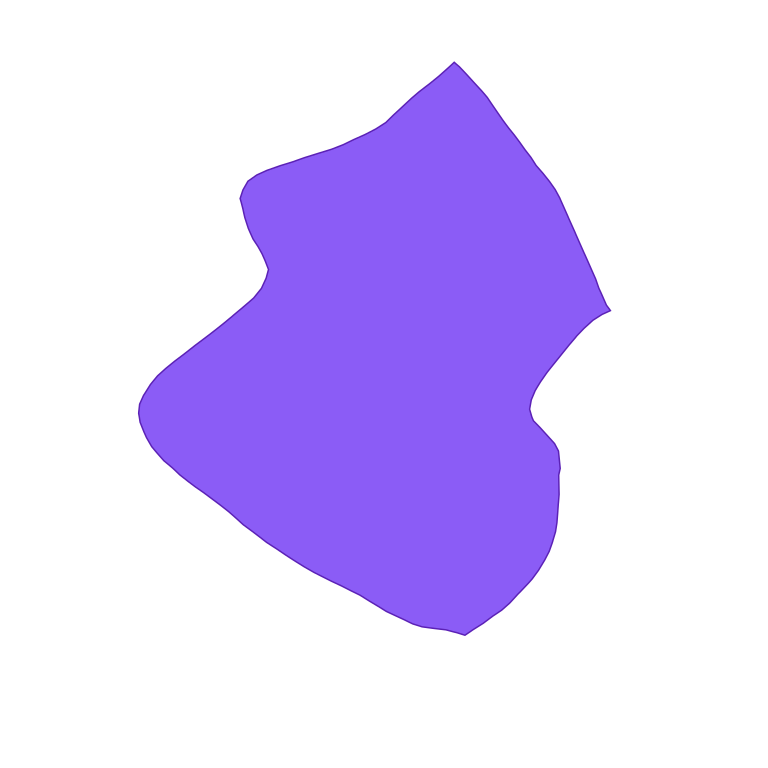 the district of Haridah, Hadramawt, Yemen, rotated 245°
{"feature_id": "15242507B86520144801681", "entity_name": "Haridah", "entity_type": "district", "adm_level": 2, "iso_a3": "YEM", "parent_name": "Yemen", "parent_adm1": "Hadramawt", "projection": "equal_earth", "projection_center": [48.179, 15.546], "detail": "fine", "context": "isolated", "style": "filled", "palette": "violet", "viewbox_px": 768, "rotation_deg": 245, "n_neighbors": 0, "source": "geoboundaries", "source_scale": "gbopen_adm2", "svg_char_len": 2859}
<svg xmlns="http://www.w3.org/2000/svg" viewBox="0 0 768 768"><g transform="rotate(245 384 384)"><path d="M645.9,583.6L644.6,579.7L643.5,576.2L639.8,563.9L636.8,552.0L635.9,547.8L634.0,539.3L631.5,530.3L631.2,529.3L627.2,517.0L623.9,506.7L623.6,505.8L620.2,496.2L618.6,484.3L618.1,472.1L618.3,459.8L618.1,448.3L618.9,435.7L620.8,422.0L622.7,407.9L623.5,399.7L623.8,396.1L624.4,391.5L625.7,382.3L627.1,368.2L627.1,366.6L627.2,357.1L625.3,346.4L619.5,338.2L614.4,333.4L612.9,332.0L609.1,331.4L602.6,330.2L598.3,329.2L593.6,328.2L584.8,327.1L582.4,326.8L578.7,326.7L570.7,326.6L567.9,327.0L561.9,327.9L553.7,328.5L547.3,328.4L544.9,328.3L537.7,327.8L536.7,327.8L529.7,321.9L525.9,317.4L522.5,313.4L517.0,302.2L513.7,290.6L510.9,280.2L510.0,276.8L509.2,274.1L508.6,271.6L507.2,266.4L504.4,254.9L501.9,243.7L498.9,229.5L495.5,215.0L493.3,204.6L491.9,199.0L490.3,192.7L487.1,182.3L484.7,177.2L482.3,172.2L475.9,162.3L475.4,161.4L469.0,154.0L461.2,149.3L457.2,148.2L452.4,146.8L443.9,146.3L442.1,146.2L435.7,146.1L425.4,147.0L417.2,149.2L407.4,152.1L397.4,156.8L395.7,157.5L388.0,160.5L377.9,165.6L370.2,169.7L362.0,174.5L353.1,179.3L350.5,180.7L343.4,184.5L333.9,189.3L325.7,192.9L315.9,197.0L307.1,201.8L298.8,206.2L290.2,210.6L284.1,214.4L280.8,216.5L270.1,222.9L266.1,225.4L260.1,229.2L252.1,234.4L242.6,241.1L235.5,246.7L227.5,253.0L218.9,260.2L212.9,264.9L210.3,266.9L209.7,267.4L202.9,272.9L193.2,279.2L184.9,284.8L176.9,290.0L168.9,296.7L161.8,302.7L157.8,305.9L154.4,308.7L149.5,314.1L147.9,315.8L141.3,326.1L135.0,336.3L130.1,342.1L128.1,344.6L127.5,345.3L122.1,351.2L123.2,358.1L123.6,360.2L125.2,372.8L126.8,380.4L127.7,384.7L128.3,388.8L129.3,395.1L132.4,405.5L134.2,409.9L137.0,416.6L138.1,419.7L140.7,426.3L142.7,431.3L144.7,435.9L149.8,445.2L156.5,455.2L162.5,463.0L168.7,469.1L170.1,470.4L170.5,470.7L177.6,477.0L185.2,482.1L193.0,486.5L201.5,491.2L203.0,492.1L209.9,496.0L218.7,499.9L227.7,503.9L227.8,504.0L233.0,508.0L249.5,513.8L257.9,513.4L278.0,507.2L287.5,503.9L290.8,504.0L292.0,504.1L299.6,505.3L301.6,506.7L307.4,510.8L314.1,518.2L316.7,522.0L319.8,526.7L324.1,534.1L325.6,536.7L328.5,542.5L330.4,546.4L335.3,556.4L341.0,568.0L345.2,577.2L346.2,579.2L349.9,588.8L353.5,600.4L354.4,607.3L354.9,611.1L354.8,620.2L356.1,620.0L361.5,618.9L370.3,619.1L375.1,619.2L380.0,619.2L385.9,619.8L389.7,620.2L400.5,620.4L409.9,620.6L416.4,620.7L418.4,620.7L423.5,620.8L428.9,620.9L438.6,621.1L441.0,621.2L448.3,621.3L455.7,621.4L458.5,621.5L464.3,621.6L469.4,621.7L475.6,621.8L478.5,621.9L479.9,621.8L487.9,621.3L497.5,619.6L507.8,617.1L517.8,614.2L523.3,613.5L527.5,612.9L536.7,610.8L546.0,609.1L550.8,608.1L554.6,607.3L563.1,605.2L568.3,604.1L573.4,603.1L583.4,601.4L591.9,600.0L595.0,599.5L600.1,598.7L608.1,596.5L618.1,593.3L620.0,592.7L628.7,590.0L639.6,586.4L643.6,584.6L645.9,583.6Z" fill="#8b5cf6" stroke="#5b21b6" stroke-width="1.5"/></g></svg>